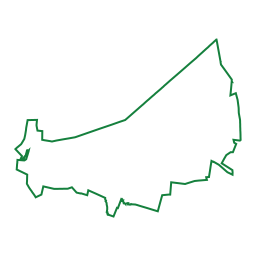 Santo Domingo, San Luis Potosí, Mexico (orthographic projection)
{"feature_id": "50627088B7585630413925", "entity_name": "Santo Domingo", "entity_type": "district", "adm_level": 2, "iso_a3": "MEX", "parent_name": "Mexico", "parent_adm1": "San Luis Potosí", "projection": "orthographic", "projection_center": [-101.913, 23.412], "detail": "fine", "context": "isolated", "style": "outline", "palette": "green", "viewbox_px": 256, "rotation_deg": 0, "n_neighbors": 0, "source": "geoboundaries", "source_scale": "gbopen_adm2", "svg_char_len": 4692}
<svg xmlns="http://www.w3.org/2000/svg" viewBox="0 0 256 256"><path d="M157.8,211.3L160.1,202.8L162.2,195.2L168.4,194.6L170.2,194.6L171.2,182.3L177.8,183.1L185.1,184.0L186.9,183.4L194.6,181.0L198.4,180.6L206.9,179.9L206.4,178.2L206.2,177.2L209.0,177.0L209.1,176.1L209.9,171.2L210.7,165.8L211.5,160.9L213.2,161.9L213.5,161.7L218.9,164.8L227.4,172.2L232.5,174.7L232.6,172.4L232.4,170.1L221.7,163.3L224.2,158.7L226.3,155.1L230.6,152.2L232.9,152.2L236.2,143.9L234.2,142.7L233.5,139.8L239.9,140.6L240.6,140.0L240.5,136.5L240.5,134.9L240.4,131.8L240.3,130.4L240.3,128.8L240.2,126.6L240.2,124.4L240.1,122.3L240.1,120.9L240.0,119.6L238.8,113.0L238.7,110.3L238.7,109.2L238.6,107.5L237.6,99.9L235.8,93.2L230.4,95.4L231.1,88.4L231.7,81.6L232.0,81.7L231.8,81.3L231.8,81.2L231.7,81.0L231.8,79.6L225.0,70.1L221.0,64.6L220.6,62.5L220.6,62.1L220.7,61.6L220.5,61.4L217.0,42.1L216.5,39.5L216.4,39.5L216.1,39.8L215.5,40.4L213.9,41.8L213.1,42.6L212.6,43.1L212.1,43.5L209.6,45.7L208.0,47.3L205.9,49.1L205.3,49.7L204.9,50.0L204.5,50.4L204.1,50.8L203.7,51.1L203.0,51.7L202.7,52.1L202.2,52.5L200.4,54.1L198.3,56.0L196.2,58.0L190.0,63.3L181.1,71.1L174.5,76.8L170.2,80.5L165.7,84.5L164.4,85.6L163.1,86.9L162.2,87.6L161.6,88.2L160.0,89.6L157.4,91.8L156.5,92.6L156.1,92.9L155.5,93.4L154.9,94.0L153.8,95.0L153.2,95.5L152.7,95.9L149.5,98.7L149.1,99.1L147.9,100.1L147.2,100.7L145.6,102.1L143.0,104.5L142.0,105.3L141.1,106.1L139.6,107.4L138.8,108.1L138.5,108.4L136.3,110.3L125.2,120.0L119.8,121.8L111.6,124.7L99.8,128.7L87.7,132.9L75.3,137.2L74.9,137.3L68.7,138.4L62.8,139.4L56.6,140.5L52.0,141.5L51.4,141.4L49.9,141.1L49.2,141.0L44.2,140.2L42.2,139.8L42.3,131.1L37.5,130.6L37.0,128.2L36.9,127.5L36.7,126.6L36.6,125.8L36.5,125.2L36.9,120.8L37.0,119.9L27.6,120.1L26.8,124.6L26.2,127.9L26.0,129.9L26.0,130.0L25.1,135.4L25.0,135.8L24.3,138.9L23.3,140.6L22.3,142.3L21.2,144.1L20.9,144.4L17.4,147.3L17.1,147.5L15.4,149.1L15.7,149.5L15.8,149.5L18.0,151.9L20.4,154.4L20.8,154.9L21.3,155.3L21.9,156.0L22.0,156.1L20.9,158.4L21.2,158.4L21.3,158.4L21.5,158.4L22.0,158.4L22.4,158.4L22.5,158.4L22.9,158.4L23.0,158.4L23.4,158.4L23.7,157.8L24.1,158.2L24.2,157.9L24.3,157.7L24.4,157.4L24.5,157.2L24.6,156.9L24.8,156.6L25.0,156.1L25.1,155.9L25.7,155.6L25.7,155.4L25.8,155.2L25.9,154.8L25.9,154.7L25.9,154.4L26.0,154.2L26.1,153.9L26.2,153.7L26.2,153.3L26.4,152.9L26.5,152.6L26.5,152.4L26.6,152.2L26.7,151.9L26.7,151.7L26.8,151.6L26.8,151.4L26.8,151.2L26.9,150.9L26.9,150.7L27.0,150.4L27.3,150.4L27.5,150.5L27.6,150.4L27.7,150.5L27.8,150.5L28.0,150.5L28.3,150.6L28.5,150.6L28.8,150.3L28.5,151.6L28.0,153.2L27.9,153.6L27.4,155.3L27.2,155.8L27.1,156.3L26.8,157.1L26.7,157.5L26.5,158.2L26.4,158.4L26.2,158.9L26.2,159.2L25.5,159.7L24.5,160.4L23.6,160.4L22.3,160.3L20.1,160.1L18.3,160.0L17.5,159.9L17.5,160.0L17.4,161.0L17.3,161.7L17.3,162.3L17.3,162.8L17.1,164.1L17.0,165.4L17.0,165.8L17.0,166.1L16.9,166.8L16.9,167.2L16.9,167.5L16.8,167.9L16.8,168.3L16.8,168.8L16.7,169.5L20.4,171.3L21.9,172.0L22.9,172.5L26.2,174.1L27.2,174.6L27.2,174.8L27.0,181.6L26.9,183.0L26.9,183.8L29.2,187.8L30.8,190.1L31.4,190.9L31.7,191.3L31.8,191.5L32.5,192.6L32.7,192.8L33.7,194.2L33.8,194.3L34.4,195.2L34.8,195.8L35.3,196.6L35.7,197.3L41.4,194.6L43.3,186.4L54.2,188.9L67.8,188.7L71.9,187.3L76.6,192.6L80.5,193.5L80.9,193.3L87.2,195.2L88.3,190.3L96.2,193.8L105.2,197.9L105.2,198.1L105.2,198.3L105.2,198.5L105.2,198.8L105.2,199.1L105.2,199.4L105.3,199.6L105.4,199.8L105.5,200.0L105.8,200.3L106.0,200.5L105.6,201.2L105.8,201.4L106.0,201.8L106.4,202.6L106.6,203.1L106.6,203.5L106.6,204.0L106.7,204.6L106.7,204.8L106.8,205.1L106.9,205.4L106.9,205.7L107.0,206.1L107.1,206.5L107.2,206.9L107.2,207.2L107.2,207.7L107.2,208.6L107.2,208.9L107.2,209.1L107.2,209.3L107.2,209.6L107.0,210.4L107.0,210.8L106.8,211.8L107.1,211.8L107.2,212.0L107.2,212.3L107.4,212.3L107.4,212.5L107.5,212.6L107.3,213.5L107.6,214.4L108.2,214.2L108.3,214.4L108.5,214.5L108.5,214.9L108.8,214.9L109.8,215.2L113.5,216.5L117.0,207.8L117.9,208.1L121.2,199.3L121.4,199.5L121.6,199.8L121.9,199.6L122.1,199.7L122.1,199.4L122.2,199.2L122.4,199.4L122.6,199.7L122.6,200.0L122.5,200.3L122.4,200.4L122.4,200.6L122.5,200.6L122.4,200.7L122.3,200.8L122.3,201.0L122.5,201.0L122.8,201.1L123.0,201.0L123.1,201.3L123.3,201.7L123.2,201.7L123.4,202.1L123.6,202.9L123.7,203.3L123.9,203.3L124.3,203.3L124.5,203.2L125.0,203.6L125.4,204.0L125.4,203.9L125.7,203.8L127.2,203.2L127.4,203.1L127.7,203.1L127.9,203.1L128.3,203.1L128.1,204.4L128.5,204.4L128.9,204.4L129.4,204.5L130.2,204.3L130.1,204.6L130.5,204.6L130.8,204.5L131.2,204.4L131.6,204.3L135.3,204.5L136.6,204.9L136.8,204.9L138.0,205.3L138.4,205.4L138.6,205.5L139.3,205.7L140.9,206.2L147.0,208.0L155.8,210.7L157.8,211.3Z" fill="none" stroke="#15803d" stroke-width="2"/></svg>